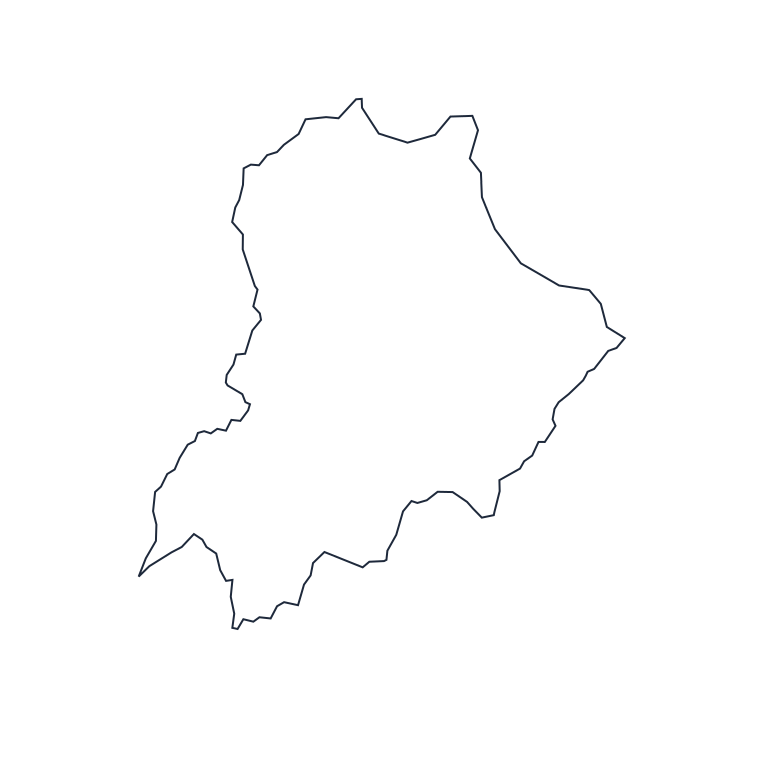 Luquillo, Puerto Rico, rotated 21°
{"feature_id": "32010507B254490582873", "entity_name": "Luquillo", "entity_type": "district", "adm_level": 2, "iso_a3": "PRI", "parent_name": "Puerto Rico", "parent_adm1": "", "projection": "equal_earth", "projection_center": [-65.727, 18.339], "detail": "fine", "context": "isolated", "style": "outline", "palette": "slate", "viewbox_px": 768, "rotation_deg": 21, "n_neighbors": 0, "source": "geoboundaries", "source_scale": "gbopen_adm2", "svg_char_len": 2013}
<svg xmlns="http://www.w3.org/2000/svg" viewBox="0 0 768 768"><g transform="rotate(21 384 384)"><path d="M592.3,254.9L571.6,250.9L557.7,231.5L543.1,223.4L541.9,222.8L539.7,223.2L512.1,229.3L500.5,227.4L468.5,222.3L432.1,199.7L427.6,194.9L419.5,186.3L416.7,183.3L416.5,183.0L416.4,183.0L408.5,174.5L407.6,172.5L402.6,161.0L402.5,160.6L398.8,152.1L393.9,149.1L383.3,142.7L382.7,135.9L381.7,123.9L380.8,113.4L370.4,102.0L364.3,104.6L360.2,106.3L350.2,110.5L342.5,133.0L329.9,142.5L319.4,150.3L316.3,150.4L310.3,150.8L304.0,151.2L296.1,151.7L293.3,151.8L289.4,152.1L264.5,134.0L262.3,128.9L261.0,125.8L255.9,128.2L246.3,152.2L234.3,155.6L215.9,165.0L214.7,181.2L204.8,196.6L201.0,205.8L192.9,212.2L188.9,224.6L181.1,226.9L175.7,233.0L181.0,248.7L182.9,264.2L181.9,272.5L184.2,287.2L198.7,295.0L203.9,309.0L228.3,338.8L232.1,341.2L234.2,358.4L242.8,362.6L246.2,368.2L241.9,381.2L243.5,405.5L235.5,409.5L236.5,419.8L233.9,431.9L235.8,439.3L238.5,441.4L255.4,444.3L261.1,450.6L266.1,450.9L266.6,457.3L263.1,469.9L254.4,472.2L253.2,484.2L244.4,485.6L240.0,492.2L233.0,492.5L227.8,496.4L227.9,505.0L222.5,511.0L219.7,526.2L219.2,538.8L213.9,545.7L212.6,559.7L209.0,566.8L214.0,585.5L221.9,596.8L227.3,612.2L224.1,632.1L224.0,651.7L230.2,638.2L245.9,617.4L253.6,608.6L260.3,592.2L270.2,594.4L276.7,599.8L288.1,602.4L297.8,616.5L307.1,624.4L312.7,621.2L317.2,637.6L326.5,652.1L329.8,666.0L335.1,665.2L337.0,654.0L347.2,652.7L351.3,646.4L362.2,643.5L363.8,629.8L368.9,623.5L383.0,621.3L381.2,599.9L384.1,589.0L381.9,576.6L388.6,562.2L429.8,562.8L434.0,555.2L447.5,549.3L449.3,547.3L446.9,538.4L449.5,520.4L447.4,496.1L451.6,483.4L457.8,483.1L465.6,477.2L472.7,465.4L486.8,460.3L503.8,464.3L511.9,468.5L523.2,473.7L533.5,467.1L533.0,464.2L530.4,442.6L526.2,432.4L541.3,414.2L542.5,405.9L548.0,397.7L549.0,382.7L554.9,380.5L559.1,361.6L554.1,356.6L552.1,346.1L553.6,338.4L560.1,327.2L568.6,309.2L569.4,304.0L569.7,299.6L574.8,294.6L581.5,272.7L588.2,267.0L592.3,254.9Z" fill="none" stroke="#1e293b" stroke-width="2"/></g></svg>